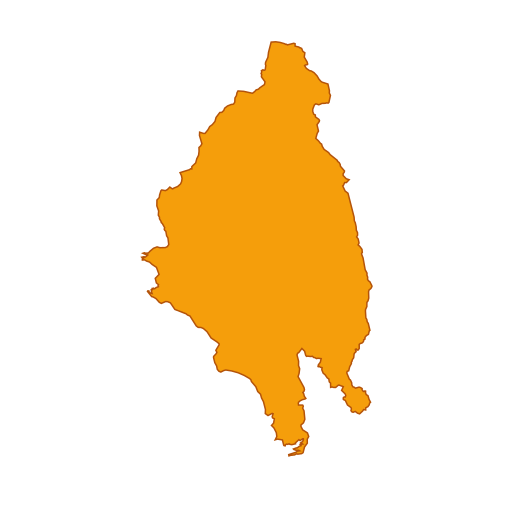 Lunca Cernii De Jos, Hunedoara, Romania, rotated 75°
{"feature_id": "2599482B2454497174187", "entity_name": "Lunca Cernii De Jos", "entity_type": "district", "adm_level": 2, "iso_a3": "ROU", "parent_name": "Romania", "parent_adm1": "Hunedoara", "projection": "orthographic", "projection_center": [22.6, 45.635], "detail": "fine", "context": "isolated", "style": "filled", "palette": "amber", "viewbox_px": 512, "rotation_deg": 75, "n_neighbors": 0, "source": "geoboundaries", "source_scale": "gbopen_adm2", "svg_char_len": 6117}
<svg xmlns="http://www.w3.org/2000/svg" viewBox="0 0 512 512"><g transform="rotate(75 256 256)"><path d="M277.3,359.7L276.6,355.1L277.3,353.1L279.1,350.8L286.6,348.2L293.8,338.4L295.2,337.5L296.9,335.3L308.1,331.8L310.0,330.3L310.8,327.6L312.4,325.6L316.4,322.9L323.6,320.6L328.7,316.1L331.1,314.4L332.2,314.6L336.7,319.2L338.9,318.7L340.0,319.7L342.0,322.9L343.1,323.3L348.4,323.4L352.0,322.5L355.5,322.7L357.8,321.6L359.0,320.0L358.3,316.8L358.3,314.7L360.7,309.3L364.2,303.4L368.3,298.3L372.6,294.0L374.1,293.0L376.1,292.9L382.2,290.0L387.4,289.4L390.7,287.4L394.5,287.4L398.6,286.5L406.7,286.6L410.6,287.8L413.2,285.7L412.2,281.1L412.8,280.3L415.5,282.0L416.7,281.9L417.9,280.4L418.9,280.8L422.0,282.3L423.7,284.9L426.7,283.2L431.9,282.1L435.7,282.6L438.5,285.0L438.4,282.7L440.5,278.1L446.0,278.2L446.5,277.9L446.9,276.9L446.0,276.5L445.6,275.1L446.2,274.0L445.9,272.6L446.6,272.2L447.5,270.3L447.6,266.4L446.8,266.4L444.5,262.1L445.7,261.2L444.6,258.1L444.8,257.6L445.8,257.8L447.3,259.1L448.0,261.1L449.7,259.6L449.6,260.6L449.2,261.5L449.3,262.1L450.4,261.4L450.9,261.6L450.9,263.0L452.0,265.9L451.8,266.8L452.1,269.8L452.7,269.5L454.0,267.6L454.7,265.0L455.5,264.2L455.2,266.5L455.9,268.1L456.3,275.8L457.6,275.9L457.5,274.1L458.1,270.2L457.6,268.0L458.2,267.0L458.7,263.0L458.1,261.4L453.1,258.6L450.1,254.9L446.2,253.9L444.0,251.8L440.2,252.1L436.0,255.9L432.2,256.7L430.9,256.3L429.4,253.3L426.4,251.1L418.0,249.7L415.1,250.3L413.5,249.3L412.4,249.3L412.0,249.7L411.0,253.5L409.3,253.3L408.3,252.8L407.3,250.8L406.8,248.5L406.8,245.5L406.5,244.7L404.1,245.6L401.2,245.6L400.0,246.1L399.0,244.6L397.7,243.8L395.4,243.7L383.4,246.6L380.6,244.8L376.2,243.0L372.9,243.3L368.7,242.1L362.1,242.0L360.7,240.9L360.3,239.6L357.2,235.6L360.5,233.7L364.7,233.7L366.0,233.2L366.1,232.0L367.2,229.3L367.5,227.4L368.9,226.6L369.5,225.3L370.7,224.2L370.8,222.6L372.0,219.6L375.3,221.4L377.2,223.9L378.8,224.7L379.1,224.5L379.0,223.4L380.1,222.7L380.9,221.1L383.0,221.9L386.7,221.4L388.4,220.1L392.2,218.7L393.6,217.5L396.5,217.8L398.1,216.9L402.2,217.9L402.2,216.4L402.9,215.4L403.6,213.1L402.2,210.2L402.1,209.3L404.8,205.5L408.0,208.1L412.2,205.6L413.9,205.4L415.3,206.2L415.0,207.2L415.3,208.2L416.8,208.8L417.6,208.4L418.6,207.1L423.6,206.2L426.9,203.5L428.3,203.4L430.0,204.3L431.4,203.7L432.1,202.6L431.8,200.4L434.1,198.6L435.3,196.8L433.4,193.2L432.2,191.8L433.1,189.9L431.0,189.3L430.5,186.9L429.1,185.2L427.5,184.3L426.9,183.2L423.9,183.9L419.9,184.0L418.4,185.4L416.5,185.6L414.9,185.1L414.5,185.7L414.8,186.7L414.6,187.4L412.4,188.2L411.5,187.8L410.8,188.4L409.6,189.8L409.3,190.8L409.4,194.2L408.3,194.9L407.5,196.2L405.5,196.8L403.1,196.4L400.2,196.9L399.2,197.7L392.4,198.6L391.0,197.7L390.9,196.2L387.3,194.2L384.6,191.7L383.4,191.5L382.5,190.5L381.1,189.8L379.6,188.0L376.0,186.6L375.2,185.8L374.3,184.1L371.9,184.2L371.7,183.3L373.1,182.5L373.2,181.5L372.0,180.2L368.1,179.2L367.5,177.9L367.5,176.2L367.1,175.2L365.8,173.9L364.8,173.7L364.4,172.2L362.9,171.9L361.4,169.9L360.8,167.7L357.7,166.0L357.3,165.2L350.1,165.0L348.4,165.6L345.9,165.4L344.2,165.9L337.3,164.5L336.0,164.0L333.5,162.0L329.5,160.9L328.4,159.5L325.9,158.0L319.6,156.5L318.1,155.6L317.1,153.4L315.5,151.9L314.6,151.8L310.3,152.7L309.2,153.7L307.5,154.3L305.3,153.6L303.2,153.8L301.3,153.2L297.5,154.1L285.6,153.1L281.9,153.5L280.7,153.3L280.1,152.4L277.0,151.9L273.7,153.2L271.7,154.5L270.1,153.1L266.0,152.9L263.6,153.9L262.2,152.5L259.7,151.9L257.1,152.4L253.6,151.7L249.6,151.5L247.5,151.9L243.8,151.2L219.2,150.9L216.3,153.1L210.7,154.1L210.3,153.2L208.0,151.4L208.5,149.7L206.4,146.3L204.7,148.9L200.8,151.0L199.0,150.5L198.0,149.2L196.8,148.5L191.2,151.2L189.3,151.0L187.3,151.5L185.7,152.7L184.7,152.7L177.2,158.2L174.9,159.1L170.7,162.6L167.3,163.6L164.8,163.7L163.9,164.6L161.1,165.8L157.9,167.8L153.3,165.1L151.5,163.3L145.0,163.1L142.5,160.1L141.5,159.6L140.3,159.9L137.0,162.6L135.1,162.2L134.1,163.5L131.2,163.8L128.9,163.2L125.2,160.5L124.5,158.8L126.2,156.2L125.7,152.7L126.4,149.8L126.4,148.1L127.0,146.7L126.5,145.8L120.1,142.5L117.5,143.0L115.4,142.3L108.5,142.0L105.3,147.0L104.3,148.0L101.5,149.4L97.8,150.4L93.9,152.5L91.6,154.7L90.8,156.3L87.8,158.8L84.7,159.8L84.3,159.0L84.4,156.8L84.0,156.4L81.8,156.4L76.4,157.9L72.3,156.2L70.5,157.8L67.3,158.2L66.3,159.4L66.1,160.1L65.3,160.4L63.4,163.9L61.0,163.3L60.3,164.5L60.2,171.1L59.4,171.7L59.2,172.7L58.5,173.2L55.9,177.5L54.2,181.5L53.3,186.0L62.5,191.2L67.2,193.1L71.4,196.6L73.2,197.3L74.5,197.2L78.2,198.8L78.7,199.4L78.7,200.3L77.9,201.1L78.4,202.8L79.6,202.8L81.2,203.9L82.0,203.5L84.3,204.4L90.1,202.2L92.6,203.5L94.4,208.6L95.5,210.5L95.6,212.9L96.7,214.5L97.9,217.3L93.8,225.2L91.9,230.7L93.4,232.1L96.0,233.4L97.9,235.4L101.9,236.7L103.3,238.2L103.5,238.7L103.2,240.7L103.7,244.7L105.1,248.0L107.1,249.5L108.4,251.9L108.0,253.8L111.8,258.7L115.4,260.8L117.8,264.2L119.0,267.2L121.6,269.7L124.4,273.5L124.0,275.0L121.8,278.4L124.9,279.4L133.6,279.2L135.4,281.0L136.4,283.0L140.1,283.9L143.8,285.4L146.7,288.0L150.5,290.2L153.0,294.8L155.3,295.5L154.8,296.7L155.4,297.8L155.8,307.8L159.0,307.2L162.1,307.4L165.0,308.7L166.9,310.3L168.6,313.7L169.2,318.2L169.6,319.0L169.2,319.7L167.1,321.4L168.9,324.4L169.4,326.6L167.8,330.0L168.3,330.9L172.0,333.3L174.5,334.3L176.3,337.2L181.9,338.8L187.3,338.4L191.3,339.8L193.5,339.2L195.1,339.6L198.3,338.7L199.2,338.9L200.3,338.1L205.0,336.9L206.3,337.7L207.6,337.5L208.8,336.7L213.4,337.1L215.7,336.4L222.3,337.3L224.0,339.2L224.4,341.4L223.1,346.7L221.6,349.2L222.0,353.0L223.9,357.1L225.2,359.1L224.8,361.8L224.0,362.9L224.1,364.5L226.9,361.1L226.7,360.3L227.0,360.2L228.4,363.1L228.2,363.9L227.7,364.2L227.6,366.7L228.2,366.4L228.7,364.8L229.6,366.6L230.5,366.8L230.9,364.6L232.6,363.0L234.3,360.4L237.3,358.5L241.2,355.1L248.7,354.4L251.5,359.1L256.2,359.2L258.5,357.6L259.3,358.3L260.4,358.2L260.6,360.7L261.2,361.7L261.3,363.0L260.6,363.2L260.5,364.6L261.3,364.5L261.7,365.3L261.4,365.6L261.6,366.1L262.6,365.7L263.4,366.3L265.3,366.1L263.8,368.5L262.0,368.5L261.7,369.6L262.1,370.0L268.2,367.3L269.0,365.9L271.3,363.6L275.7,361.4L277.3,359.7Z" fill="#f59e0b" stroke="#b45309" stroke-width="1.5"/></g></svg>